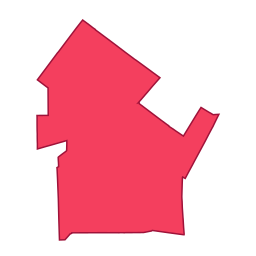 Baraganul, Braila, Romania (Albers equal-area conic projection), rotated 88°
{"feature_id": "2599482B45742388682810", "entity_name": "Baraganul", "entity_type": "district", "adm_level": 2, "iso_a3": "ROU", "parent_name": "Romania", "parent_adm1": "Braila", "projection": "albers", "projection_center": [27.528, 44.82], "detail": "fine", "context": "isolated", "style": "filled", "palette": "rose", "viewbox_px": 256, "rotation_deg": 88, "n_neighbors": 0, "source": "geoboundaries", "source_scale": "gbopen_adm2", "svg_char_len": 2028}
<svg xmlns="http://www.w3.org/2000/svg" viewBox="0 0 256 256"><g transform="rotate(88 128 128)"><path d="M237.5,200.4L237.5,196.6L237.5,194.9L234.5,192.0L233.0,190.6L232.1,189.8L231.8,189.5L231.8,189.1L231.2,187.9L230.8,187.8L231.0,180.9L231.8,155.4L232.0,150.8L232.1,146.5L232.2,144.3L232.3,141.0L232.4,140.9L232.4,140.6L232.4,140.4L232.3,140.2L232.5,135.3L232.6,135.1L232.6,134.9L232.5,134.6L232.5,134.4L232.5,134.0L232.8,124.3L233.0,116.1L231.7,108.0L231.2,107.4L232.0,102.8L232.6,99.5L234.1,90.9L235.4,83.3L236.6,76.2L236.6,75.7L236.0,75.6L228.9,75.9L220.9,76.1L219.2,76.2L209.6,76.5L209.1,76.5L205.5,76.5L204.3,76.5L203.4,76.5L200.4,76.6L198.3,76.6L196.8,76.5L185.9,75.8L179.3,75.3L178.9,75.1L180.4,72.6L173.8,68.8L167.2,64.9L163.0,62.5L143.5,51.1L143.3,51.0L137.6,47.8L130.0,43.4L129.8,43.2L128.0,42.3L121.2,38.7L117.5,36.7L117.6,40.9L117.7,42.4L116.0,45.0L115.0,46.7L110.0,54.3L112.6,56.1L118.1,59.8L138.0,72.9L137.3,73.9L136.1,75.6L134.9,77.2L132.9,80.0L131.2,82.2L128.7,85.7L127.8,87.0L127.2,87.1L126.8,87.6L126.8,87.8L124.8,90.3L121.4,94.6L114.5,103.1L104.1,115.9L103.7,115.9L103.3,115.9L103.1,116.0L103.0,116.4L103.1,116.8L92.2,106.7L86.6,101.6L78.9,94.3L73.2,101.5L62.0,115.7L60.3,117.9L59.7,118.8L52.3,128.0L42.5,140.0L28.8,157.1L28.7,157.2L28.4,157.2L27.9,157.8L27.7,158.1L26.4,159.8L25.2,161.2L24.7,161.8L20.5,167.0L19.5,168.3L18.6,169.4L18.5,169.5L20.3,171.1L26.4,176.2L34.4,182.7L38.5,186.0L39.6,186.9L44.8,191.1L49.4,194.8L50.4,195.8L76.7,216.9L80.2,212.6L83.7,208.3L85.1,206.5L112.6,207.3L112.3,218.5L114.0,218.5L123.0,218.8L127.2,218.9L130.9,218.9L133.0,219.0L137.5,219.1L140.7,219.1L145.8,219.3L143.9,211.8L143.6,210.6L142.6,206.4L138.4,189.6L141.8,189.7L144.8,189.9L146.6,190.0L147.9,190.1L148.3,190.1L148.5,190.2L148.7,190.3L149.8,191.8L151.5,194.3L152.9,196.3L154.1,197.9L154.5,198.5L154.9,198.8L155.8,198.8L157.4,198.8L160.5,198.7L164.2,198.7L165.0,200.2L165.1,200.4L166.5,200.3L176.6,200.2L196.3,200.1L215.7,200.3L235.6,200.4L237.5,200.4Z" fill="#f43f5e" stroke="#9f1239" stroke-width="1.5"/></g></svg>